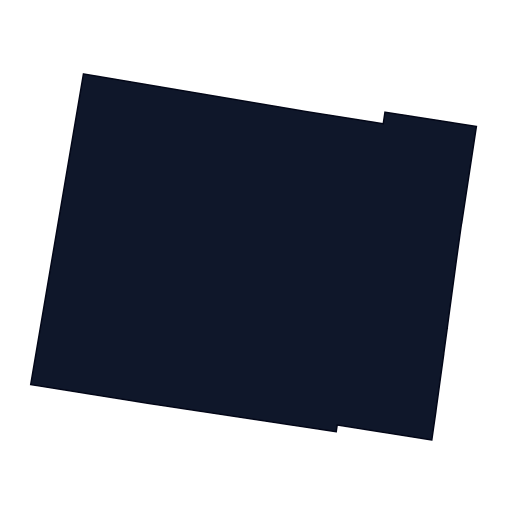 Harrison, Missouri, United States of America (Albers equal-area conic projection), rotated 99°
{"feature_id": "52423323B2822402120126", "entity_name": "Harrison", "entity_type": "district", "adm_level": 2, "iso_a3": "USA", "parent_name": "United States of America", "parent_adm1": "Missouri", "projection": "albers", "projection_center": [-93.959, 40.355], "detail": "fine", "context": "isolated", "style": "filled", "palette": "ink", "viewbox_px": 512, "rotation_deg": 99, "n_neighbors": 0, "source": "geoboundaries", "source_scale": "gbopen_adm2", "svg_char_len": 518}
<svg xmlns="http://www.w3.org/2000/svg" viewBox="0 0 512 512"><g transform="rotate(99 256 256)"><path d="M418.2,458.4L418.4,339.1L417.0,149.3L410.2,149.4L410.2,53.6L381.7,54.0L379.5,54.1L364.1,54.4L355.3,54.6L324.4,55.2L323.8,55.2L322.7,55.3L313.6,55.5L298.6,55.8L298.2,55.9L297.6,55.7L296.6,55.9L295.7,55.9L279.1,56.3L270.2,56.5L243.4,57.1L230.6,57.4L198.7,58.0L192.5,58.1L191.2,58.0L93.6,58.6L93.8,151.1L105.5,151.0L105.5,229.5L103.2,454.9L418.2,458.4Z" fill="#0f172a" stroke="#020617" stroke-width="1.5"/></g></svg>